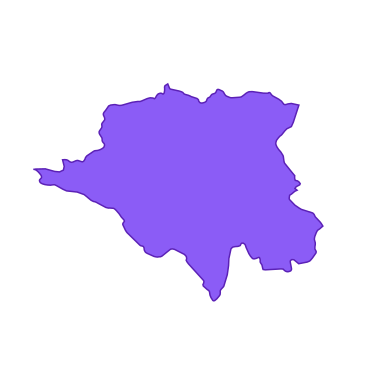 an SVG outline of Phitsanulok, rotated 245°
{"feature_id": "THA-396", "entity_name": "Phitsanulok", "entity_type": "Province", "adm_level": 1, "iso_a3": "THA", "parent_name": "Thailand", "parent_adm1": "", "projection": "orthographic", "projection_center": [100.549, 17.027], "detail": "fine", "context": "isolated", "style": "filled", "palette": "violet", "viewbox_px": 384, "rotation_deg": 245, "n_neighbors": 0, "source": "natural_earth", "source_scale": "10m", "svg_char_len": 5414}
<svg xmlns="http://www.w3.org/2000/svg" viewBox="0 0 384 384"><g transform="rotate(245 192 192)"><path d="M279.3,58.4L278.9,59.9L275.0,68.8L268.7,76.2L266.2,80.4L266.2,84.7L269.2,87.0L275.9,88.3L275.1,90.4L274.4,91.6L274.0,92.1L273.5,92.6L273.0,93.0L271.3,93.9L270.3,94.7L269.9,95.2L269.7,95.8L269.5,96.7L269.4,99.9L269.2,101.0L268.9,101.8L266.3,104.6L265.9,105.1L265.6,105.7L265.7,106.6L266.1,107.6L267.2,109.1L268.0,109.8L268.6,110.7L269.2,112.0L270.5,120.1L270.5,121.3L269.6,123.9L269.3,125.5L269.2,127.2L269.3,128.9L269.5,130.0L270.0,131.3L271.4,132.5L272.4,132.8L273.2,132.8L273.9,132.5L275.2,132.2L275.9,132.2L276.6,132.3L277.9,132.9L278.6,133.1L279.3,133.2L280.1,133.1L283.2,132.7L284.0,132.7L284.8,132.8L285.4,133.1L286.0,133.4L286.6,134.2L288.4,137.3L289.3,138.0L290.2,138.4L290.9,138.5L291.5,138.8L292.0,139.2L292.4,139.7L293.9,142.6L294.2,143.2L294.7,143.6L295.4,143.9L296.1,144.1L296.9,144.2L298.6,144.2L299.4,144.3L300.0,144.5L300.6,144.9L301.1,145.5L301.6,146.3L302.5,148.2L304.9,152.3L305.2,152.8L305.2,153.7L305.2,154.9L304.1,158.4L303.7,159.3L301.7,161.9L301.0,163.0L300.3,165.0L298.6,175.7L296.9,181.3L296.0,183.1L295.8,184.5L295.6,190.8L295.3,192.7L295.0,194.0L293.7,196.3L293.3,196.7L292.8,197.0L292.5,197.3L292.4,197.4L292.5,197.9L292.9,198.8L294.1,200.4L294.8,201.7L295.2,202.9L295.0,204.8L294.6,205.7L294.0,206.4L293.4,206.7L293.0,207.2L293.1,207.9L293.7,208.8L295.8,210.2L298.0,211.2L298.7,211.4L299.8,212.5L300.2,215.7L295.7,215.5L295.0,215.6L294.4,215.9L288.9,223.1L287.4,224.7L286.2,225.7L284.2,226.3L283.4,227.0L281.0,229.8L279.4,231.2L279.0,231.4L278.7,231.7L274.7,236.0L273.5,236.6L272.6,236.8L272.0,236.6L271.3,236.5L270.5,236.7L269.6,237.0L268.8,237.8L268.3,238.9L267.9,241.3L268.0,242.5L268.3,243.4L269.6,244.7L270.0,245.2L270.3,245.7L270.5,246.4L270.5,247.4L270.5,248.1L270.7,248.7L271.1,249.3L271.4,249.9L271.7,250.4L272.0,251.1L272.1,251.8L271.8,254.1L271.9,254.8L272.1,255.5L272.5,256.0L273.8,257.5L274.1,258.0L274.1,258.7L273.6,259.6L270.6,262.2L269.4,262.7L268.6,262.8L266.9,262.9L265.4,263.2L264.3,263.8L261.5,266.4L260.9,267.3L260.3,268.6L257.7,275.4L257.4,276.8L257.5,277.7L257.9,279.8L258.6,282.6L258.8,284.2L258.8,285.0L258.8,285.8L258.6,286.5L257.5,289.1L251.3,298.7L250.1,301.2L249.4,302.8L249.6,303.5L249.4,304.2L248.8,304.7L246.3,305.2L244.8,305.9L239.5,309.8L236.4,311.5L232.7,312.3L232.1,312.9L231.6,313.9L231.3,316.1L230.3,319.4L225.6,325.6L212.4,313.3L209.3,309.7L209.2,304.6L208.2,302.0L206.1,297.8L205.7,296.6L205.6,295.7L204.7,293.4L203.1,290.4L201.5,289.0L200.1,288.2L199.0,288.1L197.3,288.0L194.3,288.4L190.7,289.4L187.5,289.8L186.7,289.9L185.7,289.8L181.2,288.4L179.6,288.1L178.9,288.1L167.6,290.9L163.3,292.0L162.4,291.4L160.6,290.7L158.9,290.5L157.4,292.4L155.6,293.3L153.8,293.6L153.0,292.7L152.8,289.1L152.4,287.8L151.6,286.7L150.9,287.2L149.2,288.0L149.2,285.5L148.1,281.4L147.8,279.1L145.2,277.4L144.5,277.2L143.9,277.2L136.6,279.7L132.2,282.3L130.0,283.8L122.2,292.3L121.8,292.6L121.4,292.8L120.8,293.0L120.0,293.2L117.5,293.2L116.8,293.4L110.8,295.4L109.8,295.6L109.1,295.8L105.8,296.2L104.6,292.1L104.3,290.0L103.7,288.8L102.5,287.3L99.8,284.5L98.3,283.4L97.1,282.8L94.1,282.3L93.3,282.0L92.1,281.4L90.5,280.3L89.3,279.7L88.7,279.4L88.0,279.3L86.5,279.4L85.7,279.4L85.0,279.1L84.3,278.5L81.3,273.3L80.2,270.9L79.7,269.5L79.8,266.8L81.9,258.4L87.4,255.8L88.0,255.0L88.6,253.8L88.4,253.0L88.2,252.3L87.8,251.8L87.2,251.5L80.5,249.8L79.7,249.4L78.9,248.4L78.8,247.4L79.0,245.9L79.3,245.0L79.7,244.3L80.6,243.4L81.7,242.7L83.6,242.0L84.7,240.1L90.5,225.5L91.7,223.7L92.4,223.7L96.0,224.5L96.8,224.5L98.9,224.2L99.6,224.2L100.0,224.3L101.6,225.1L102.4,225.3L103.1,225.4L104.1,225.4L104.5,224.9L104.6,224.2L104.7,222.0L105.1,220.1L105.6,219.3L106.2,218.7L109.0,217.9L112.1,217.5L118.9,217.6L120.4,217.8L121.4,217.9L122.3,217.8L123.9,216.9L124.4,216.0L124.6,215.2L124.3,214.6L124.0,214.1L123.1,213.1L123.1,212.1L123.3,210.6L124.3,208.0L124.8,205.9L124.7,205.2L124.3,203.9L124.0,203.3L123.5,202.9L116.1,197.3L109.8,194.0L102.1,189.0L93.6,181.4L93.1,180.9L92.8,180.4L91.5,177.2L90.8,176.1L89.7,175.4L89.0,175.2L87.8,174.5L87.3,174.2L86.9,173.7L86.5,173.2L84.7,169.4L84.0,166.8L84.1,165.9L84.5,165.3L85.1,165.0L88.2,164.6L90.7,164.7L91.5,164.9L92.2,165.1L92.9,165.3L94.3,165.7L95.1,165.6L95.7,165.5L96.9,164.7L102.0,162.5L103.5,162.8L104.0,163.5L104.7,164.2L105.9,165.0L106.8,165.1L128.5,158.4L131.1,157.9L132.7,157.9L133.3,158.6L134.1,159.1L135.9,159.6L137.6,159.1L138.7,158.7L147.3,152.0L147.7,151.5L148.5,150.5L148.8,149.9L149.0,149.2L149.2,148.4L149.2,148.2L146.6,137.7L146.6,137.0L146.6,136.2L147.4,134.2L147.5,133.5L148.3,132.1L149.6,130.4L155.4,125.4L156.8,124.5L157.5,124.3L159.1,124.2L159.8,124.3L161.3,124.8L162.0,125.0L163.3,124.8L164.0,124.1L165.0,122.8L165.8,122.3L182.5,116.0L183.9,115.7L185.5,115.5L191.2,115.5L192.0,115.6L192.5,115.9L192.9,116.4L193.3,116.9L193.8,118.0L194.1,118.4L194.6,118.5L195.5,118.5L199.0,117.4L203.3,116.7L207.4,115.5L209.2,114.8L210.3,114.1L212.3,110.6L212.8,109.4L214.4,107.4L224.1,100.1L224.6,99.2L225.4,98.4L227.2,97.0L235.2,93.2L240.5,87.9L246.0,78.8L249.0,76.2L255.3,71.7L256.6,70.6L257.2,69.3L258.0,66.6L259.3,64.2L260.9,61.8L262.6,59.9L263.6,59.1L264.4,58.6L265.1,58.4L265.9,58.4L266.6,58.5L267.2,58.8L267.6,59.3L268.3,61.2L268.7,61.7L269.3,62.0L270.0,62.2L270.8,62.3L273.4,61.7L275.9,60.9L277.1,60.3L278.0,59.8L278.9,58.9L279.2,58.4L279.3,58.4Z" fill="#8b5cf6" stroke="#5b21b6" stroke-width="1.5"/></g></svg>